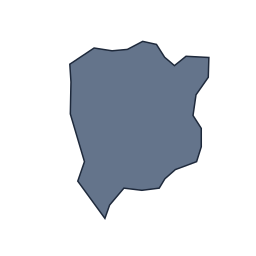 SVG path tracing the border of Klina, rotated 109°
{"feature_id": "KOS-5888", "entity_name": "Klina", "entity_type": "District", "adm_level": 1, "iso_a3": "XKX", "parent_name": "Kosovo", "parent_adm1": "", "projection": "natural_earth1", "projection_center": [20.583, 42.6], "detail": "fine", "context": "isolated", "style": "filled", "palette": "slate", "viewbox_px": 256, "rotation_deg": 109, "n_neighbors": 0, "source": "natural_earth", "source_scale": "10m", "svg_char_len": 481}
<svg xmlns="http://www.w3.org/2000/svg" viewBox="0 0 256 256"><g transform="rotate(109 128 128)"><path d="M137.5,52.2L151.9,69.7L164.0,76.6L174.7,78.9L182.4,94.6L186.2,112.3L206.8,120.3L221.0,120.4L194.6,158.2L174.0,158.2L133.5,187.1L103.1,196.9L86.6,203.8L63.4,186.1L60.2,168.2L53.9,154.2L41.3,142.3L39.7,128.3L49.2,116.4L53.9,104.4L41.3,96.5L35.0,74.5L53.9,68.6L74.5,74.5L95.0,70.6L104.5,58.6L121.9,52.6L137.5,52.2Z" fill="#64748b" stroke="#1e293b" stroke-width="1.5"/></g></svg>